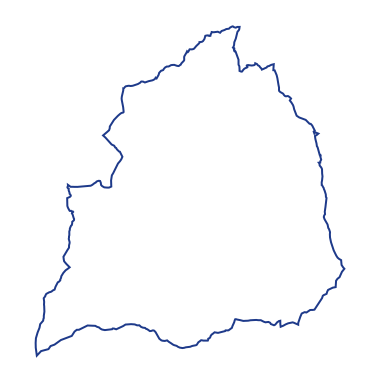 outline of Tigveni, Arges, Romania, rotated 91°
{"feature_id": "2599482B38014929426493", "entity_name": "Tigveni", "entity_type": "district", "adm_level": 2, "iso_a3": "ROU", "parent_name": "Romania", "parent_adm1": "Arges", "projection": "natural_earth1", "projection_center": [24.538, 45.154], "detail": "fine", "context": "isolated", "style": "outline", "palette": "blue", "viewbox_px": 384, "rotation_deg": 91, "n_neighbors": 0, "source": "geoboundaries", "source_scale": "gbopen_adm2", "svg_char_len": 5881}
<svg xmlns="http://www.w3.org/2000/svg" viewBox="0 0 384 384"><g transform="rotate(91 192 192)"><path d="M358.3,344.3L353.7,340.1L351.6,332.8L348.5,330.7L347.0,326.8L342.3,320.5L338.0,309.7L333.6,307.0L331.8,304.8L331.7,302.6L327.3,294.1L327.5,286.4L328.5,284.5L329.0,282.7L330.3,281.1L331.1,279.5L331.6,276.7L330.6,269.5L329.9,269.0L329.9,267.6L330.6,265.4L327.3,258.6L325.7,256.2L325.2,250.6L325.4,246.9L326.3,244.5L326.2,242.3L327.8,240.5L328.5,238.6L328.7,236.6L329.7,235.4L330.0,234.3L331.8,231.7L331.7,230.6L331.0,228.6L331.3,227.4L332.7,226.0L339.3,222.1L340.9,220.0L341.2,218.9L341.4,216.6L340.8,214.3L342.1,212.7L343.9,209.8L344.7,208.7L345.4,207.3L346.1,204.7L347.0,203.4L347.8,201.5L348.2,198.8L347.9,197.0L347.4,195.5L346.8,191.2L345.9,189.0L345.1,185.3L344.7,184.6L342.1,183.0L341.2,181.7L340.1,180.4L340.1,179.6L340.4,177.9L340.3,173.6L339.3,173.2L338.4,173.2L337.6,171.7L336.8,171.2L335.5,170.8L334.1,169.8L333.8,169.2L331.9,167.0L332.4,163.5L330.5,156.5L329.8,156.1L329.7,153.1L327.1,149.7L325.6,149.3L321.4,147.5L319.7,147.1L318.5,146.6L318.4,145.8L318.7,144.8L319.3,141.5L320.0,138.5L319.7,133.6L319.2,131.2L318.8,125.6L319.0,123.5L319.0,120.9L320.4,118.1L321.0,116.3L320.6,113.3L321.0,112.4L321.3,111.7L321.8,111.3L322.6,110.9L323.8,107.7L323.2,106.5L320.6,104.4L320.1,103.5L319.6,103.0L319.2,101.5L322.3,101.4L325.2,101.0L324.1,98.4L322.7,96.0L321.6,93.5L320.6,89.1L320.9,88.0L322.8,83.5L321.0,83.5L314.8,81.5L311.6,80.2L310.2,77.4L310.2,76.8L310.5,75.7L310.3,75.2L307.9,71.8L307.8,69.1L307.5,67.5L295.8,60.1L293.5,59.4L292.8,58.5L291.5,55.7L289.1,55.0L287.5,54.2L285.2,49.6L284.6,46.7L278.2,46.4L276.2,45.0L274.6,43.0L269.2,40.7L266.1,38.3L264.8,39.5L262.3,41.2L257.5,41.7L256.4,43.7L255.1,45.3L253.0,46.7L247.9,49.3L239.9,52.1L235.1,53.2L232.0,53.4L229.7,53.3L226.8,54.3L225.6,55.1L222.1,55.9L216.9,59.0L214.7,59.8L213.1,59.4L211.9,58.6L209.4,58.9L204.7,58.3L195.6,57.4L194.6,58.0L192.0,58.2L188.1,59.5L186.9,60.1L185.5,60.5L184.5,61.2L182.6,62.2L182.6,62.4L179.9,62.5L178.5,62.2L174.1,61.8L171.3,62.2L166.9,62.4L165.4,63.1L163.3,64.8L161.3,65.1L160.5,65.7L160.3,64.3L159.2,64.3L157.4,63.4L153.8,64.5L153.5,64.0L152.6,64.3L152.6,65.0L145.1,67.2L144.1,67.9L141.1,68.4L136.7,69.6L134.1,70.0L133.6,69.9L133.2,69.1L133.1,68.6L131.4,66.7L130.2,69.8L131.3,70.7L129.5,71.4L128.5,70.3L123.4,73.0L121.8,74.5L121.7,75.7L117.9,79.6L115.6,86.1L113.9,88.7L107.5,91.3L105.0,91.9L103.4,92.5L100.9,94.1L98.8,95.8L96.8,94.6L95.3,96.2L94.5,97.5L94.4,98.0L94.7,99.7L94.5,100.5L94.0,101.2L93.2,101.9L92.5,102.3L91.9,102.9L90.5,105.5L89.6,106.5L88.7,106.8L86.1,106.8L83.4,107.4L76.8,108.6L73.7,109.4L68.9,111.5L68.8,112.8L62.8,112.5L63.5,115.0L64.7,117.2L65.1,118.7L65.4,119.0L66.3,119.7L66.6,120.5L67.6,122.5L68.4,124.3L67.3,124.8L66.2,126.0L64.9,126.9L64.1,128.4L63.0,129.2L62.2,131.0L63.0,131.1L63.7,131.5L64.1,132.2L64.3,133.1L64.5,134.6L64.1,138.1L64.3,139.2L64.6,139.5L64.9,139.5L65.5,138.8L66.1,138.7L66.7,139.4L67.2,140.8L67.9,141.9L69.0,142.9L70.6,144.0L70.8,144.3L70.6,145.5L70.1,146.6L68.8,146.6L65.8,146.8L65.1,147.0L64.1,147.6L63.6,147.7L58.9,147.8L50.8,150.9L50.1,151.5L50.5,152.0L50.1,152.3L48.6,152.6L48.1,152.2L47.6,152.2L47.3,152.5L47.1,153.4L46.9,153.6L46.0,153.0L44.4,152.5L41.5,152.3L37.9,150.9L31.3,149.4L30.8,149.2L29.7,148.2L28.8,147.7L27.8,147.5L26.1,147.3L26.2,149.7L26.8,150.8L26.9,151.4L26.4,153.0L25.7,154.0L25.7,154.5L26.9,156.8L27.8,157.6L28.1,158.0L28.5,160.6L29.5,162.4L30.5,165.2L32.3,166.7L31.3,169.0L31.8,172.4L31.9,173.5L31.7,175.1L32.4,175.2L34.4,176.2L35.5,176.3L35.7,177.0L35.5,177.5L35.5,178.3L35.1,178.7L35.3,180.3L35.6,181.4L38.7,182.2L40.9,183.6L41.7,184.8L42.0,187.0L42.3,186.9L43.4,187.7L46.0,190.3L48.6,192.4L49.1,193.3L49.4,194.6L49.4,196.9L51.7,198.1L52.2,198.6L51.4,199.4L53.0,200.1L56.2,201.9L57.1,202.2L60.2,202.1L61.0,202.5L63.5,204.8L65.0,205.6L65.2,206.1L66.2,207.3L66.3,207.7L66.1,209.2L65.2,212.0L65.3,213.6L65.5,215.1L66.9,217.5L67.0,219.4L67.9,221.0L69.4,222.3L70.5,222.9L70.9,223.6L71.1,224.5L71.4,225.1L73.4,226.9L75.4,227.4L79.1,229.4L78.8,229.9L78.4,230.4L79.3,230.8L79.7,231.2L80.4,232.2L81.0,233.4L81.9,237.1L83.3,241.0L82.5,242.8L82.4,244.4L82.6,244.9L83.6,245.7L85.0,248.0L86.8,253.1L87.1,255.1L86.9,256.8L86.9,257.5L87.5,260.1L88.2,260.9L90.0,262.3L89.9,262.5L91.6,262.5L97.7,263.8L99.7,264.0L101.4,263.8L108.5,262.3L112.5,261.8L113.3,261.8L113.8,262.3L114.2,263.9L115.2,265.3L117.1,267.4L121.3,271.3L127.9,275.3L129.8,275.4L131.7,276.0L133.2,277.6L137.0,281.9L139.1,279.5L145.9,273.2L147.1,270.6L148.9,269.5L149.3,268.6L150.6,267.9L152.8,265.6L153.0,264.8L158.0,262.2L160.6,263.3L162.4,264.5L164.8,266.5L174.7,271.2L176.7,272.4L181.8,273.1L188.0,272.8L189.0,274.9L189.1,276.6L188.9,279.8L187.7,281.9L186.6,283.0L184.2,283.4L182.6,284.1L182.4,285.3L182.7,286.4L183.2,287.6L184.2,288.4L184.9,289.7L186.6,291.8L187.5,293.4L188.9,306.8L188.9,313.5L187.0,316.2L188.3,316.1L188.9,316.5L189.7,316.6L190.4,316.1L190.9,315.3L192.1,315.4L193.5,315.0L194.3,314.6L196.0,314.3L196.8,313.5L197.9,313.1L198.4,313.4L199.1,314.1L200.3,316.7L208.1,316.4L209.8,315.8L212.7,314.2L213.1,313.7L212.9,312.7L213.5,312.0L213.5,310.9L214.0,310.5L215.4,311.7L216.8,310.9L220.0,309.9L221.1,309.4L222.4,309.6L223.8,311.2L225.9,311.3L227.3,311.7L227.8,312.3L228.6,312.7L230.7,313.5L232.0,313.5L233.6,314.0L237.3,313.9L238.5,314.2L239.8,314.2L241.1,314.4L244.2,313.5L245.2,313.5L247.5,314.0L249.8,314.0L252.5,315.7L259.0,319.4L261.9,319.0L263.6,318.6L266.2,316.3L269.4,313.0L270.8,314.7L272.5,317.0L275.1,319.2L278.5,321.2L280.0,321.4L282.1,322.3L282.7,322.2L284.3,323.8L284.6,324.6L289.1,326.8L292.0,327.7L292.9,329.5L293.8,330.5L294.4,331.6L294.7,332.9L296.4,335.9L298.3,336.9L298.8,336.9L300.8,338.4L304.4,337.9L307.3,338.0L308.6,337.8L314.2,337.5L318.3,338.0L320.7,338.0L321.3,338.3L323.3,338.6L326.8,341.5L330.4,342.1L335.1,343.9L340.9,345.5L345.6,345.7L350.4,345.5L358.3,344.3Z" fill="none" stroke="#1e3a8a" stroke-width="2"/></g></svg>